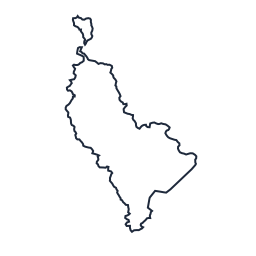 Campo Alegre, Santa Catarina, Brazil, rotated 280°
{"feature_id": "56859067B1818648159801", "entity_name": "Campo Alegre", "entity_type": "district", "adm_level": 2, "iso_a3": "BRA", "parent_name": "Brazil", "parent_adm1": "Santa Catarina", "projection": "natural_earth1", "projection_center": [-49.182, -26.127], "detail": "fine", "context": "isolated", "style": "outline", "palette": "slate", "viewbox_px": 256, "rotation_deg": 280, "n_neighbors": 0, "source": "geoboundaries", "source_scale": "gbopen_adm2", "svg_char_len": 4102}
<svg xmlns="http://www.w3.org/2000/svg" viewBox="0 0 256 256"><g transform="rotate(280 128 128)"><path d="M56.2,133.2L55.8,134.7L54.1,136.1L53.2,137.7L52.0,139.1L52.1,141.4L50.0,142.0L48.3,142.8L46.6,142.8L45.0,142.8L43.9,144.6L42.8,143.8L41.7,142.4L40.9,140.8L39.0,140.8L37.9,142.9L37.6,144.5L35.9,145.3L34.8,143.4L32.8,142.4L31.3,143.7L31.6,145.1L32.0,146.9L29.9,147.3L27.7,148.4L26.5,149.9L28.3,151.7L29.0,154.4L29.3,156.4L30.4,157.7L31.5,159.2L32.9,160.1L33.4,158.3L34.7,157.3L36.1,157.5L37.0,158.8L38.4,159.7L39.6,160.7L40.9,161.6L42.3,162.3L43.0,164.0L43.2,165.5L44.4,165.0L45.9,164.7L47.2,165.1L49.2,165.1L50.5,166.1L53.0,161.4L55.6,161.4L60.1,161.4L61.7,161.4L63.3,161.5L70.8,165.6L70.9,170.8L70.9,173.0L70.9,174.6L71.0,176.8L74.9,180.4L91.8,192.9L98.4,197.8L103.2,200.7L104.5,201.1L105.7,200.3L107.0,200.0L108.5,199.7L109.9,200.4L112.0,200.2L113.2,198.7L114.3,196.1L113.9,193.6L113.0,191.8L112.0,189.8L112.5,187.7L112.6,185.4L113.1,183.4L114.7,181.9L116.4,180.8L118.3,180.6L119.9,181.7L121.8,181.2L122.9,179.4L124.5,177.7L124.5,175.8L124.9,173.1L125.2,171.1L125.8,169.3L126.9,167.9L128.0,166.8L129.4,165.7L131.2,166.0L132.3,166.7L133.0,168.0L134.3,168.7L135.8,168.9L137.2,166.5L138.1,164.4L138.1,161.8L138.4,159.9L137.5,158.4L137.1,157.0L137.4,155.0L138.0,153.0L137.4,151.1L136.3,149.1L134.2,149.1L132.5,149.1L132.3,147.1L133.1,145.6L134.3,145.1L133.9,143.5L133.2,142.2L132.3,141.2L131.1,140.4L129.3,139.5L129.7,137.8L130.6,136.1L132.1,135.4L134.0,135.0L136.0,133.3L136.9,131.9L138.3,130.9L140.1,130.9L141.6,130.7L141.5,129.2L142.0,127.4L142.0,125.1L142.4,123.3L142.8,121.4L144.2,120.9L145.9,120.4L148.1,121.5L149.9,122.8L151.6,122.3L151.0,121.0L150.7,119.3L152.2,118.4L152.9,116.4L154.3,114.8L156.3,114.2L158.1,115.1L160.1,113.9L161.6,112.7L163.2,111.3L165.1,109.7L166.9,109.3L167.7,108.2L169.0,108.3L170.4,108.3L171.9,108.5L173.6,107.1L174.9,105.3L175.9,104.6L177.2,104.3L178.4,102.8L179.5,101.0L181.3,101.3L183.2,101.3L184.6,102.0L186.3,101.3L187.1,98.9L186.7,96.9L187.1,95.5L186.6,94.1L187.3,92.2L187.1,89.6L186.0,87.8L186.9,86.3L188.1,84.0L188.1,82.1L188.1,80.0L188.1,77.9L188.8,76.6L189.9,75.9L191.4,74.5L192.7,72.9L193.6,71.9L193.7,70.2L194.8,69.0L195.2,67.6L197.1,67.9L199.5,68.5L199.2,66.3L198.1,64.9L196.3,64.8L194.2,64.8L192.4,64.9L192.0,66.5L191.6,68.4L191.1,70.2L190.5,71.9L188.5,72.4L186.5,72.7L184.8,71.3L183.7,69.6L182.4,68.8L181.4,67.6L180.9,65.5L181.0,63.8L180.0,62.9L178.4,64.2L177.2,65.6L175.8,65.4L174.3,64.9L172.4,65.0L170.8,67.4L168.6,67.3L166.7,66.5L165.9,64.5L165.0,62.5L163.7,64.0L162.4,64.8L161.1,64.1L159.4,63.4L158.5,62.2L157.2,60.8L155.3,61.3L154.3,62.5L155.0,64.2L154.3,66.0L153.2,67.0L151.8,67.8L151.0,69.9L149.7,70.0L149.3,68.3L147.4,68.5L145.8,67.6L144.1,67.0L142.4,66.4L140.7,65.3L139.1,63.6L137.3,63.1L135.6,63.4L134.1,65.1L133.0,66.5L131.6,66.7L130.3,66.6L128.6,67.1L128.2,69.1L127.1,69.8L125.8,70.4L124.3,70.7L122.5,71.2L121.2,72.1L120.7,74.0L119.7,75.2L117.6,75.1L115.7,75.8L114.9,77.0L113.5,78.0L112.0,77.3L110.6,78.0L108.9,78.7L108.0,80.1L108.3,82.1L106.8,83.8L105.9,85.1L104.3,86.6L102.8,87.0L102.2,89.0L102.0,91.2L101.9,92.9L102.0,94.7L100.8,96.3L99.3,97.7L96.9,97.3L96.7,99.7L96.3,102.5L95.9,104.2L94.6,103.1L93.1,103.9L91.6,104.3L89.4,103.2L87.7,103.3L87.0,104.7L85.4,105.5L84.3,107.0L84.8,110.3L85.0,112.9L86.4,114.0L86.3,115.5L84.7,115.5L82.6,115.9L82.3,118.9L80.9,120.3L79.5,119.5L77.6,119.3L75.7,118.9L74.1,119.3L72.9,119.3L71.7,120.7L70.6,122.1L69.3,123.1L67.8,124.4L67.0,126.6L65.5,127.4L64.3,128.7L62.6,128.5L61.3,129.5L60.2,130.6L59.0,131.5L57.6,132.9L56.2,133.2ZM223.8,55.5L222.0,56.6L219.8,57.0L219.1,58.5L218.7,60.8L217.5,62.4L216.4,63.1L216.8,64.6L215.2,64.7L214.2,65.7L213.1,67.0L211.4,67.8L209.7,68.1L208.3,69.8L207.2,70.6L206.0,69.9L204.0,70.1L202.6,71.2L203.8,71.8L205.6,72.2L207.3,73.1L208.6,74.9L209.6,76.1L211.0,76.7L212.4,76.9L214.0,75.6L215.6,75.3L217.6,75.9L219.9,75.9L221.6,74.9L222.8,74.0L224.0,73.9L225.9,73.0L228.0,72.7L229.1,71.8L229.3,69.9L228.5,67.7L227.1,66.2L226.9,64.2L228.1,62.5L228.1,60.6L229.5,59.0L228.1,58.5L227.1,57.2L226.6,54.9L225.1,54.9L223.8,55.5Z" fill="none" stroke="#1e293b" stroke-width="2"/></g></svg>